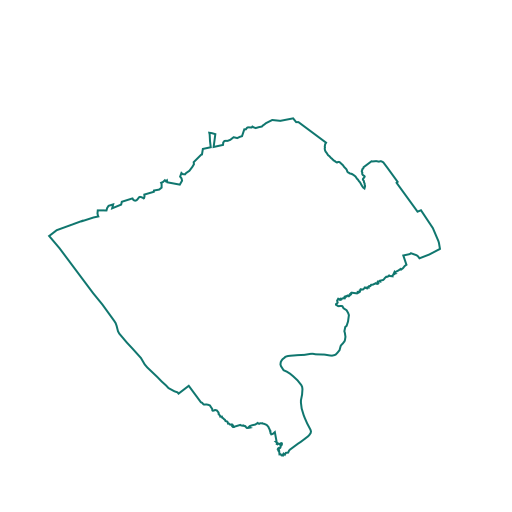 Camden, New South Wales, Australia (Mercator projection), rotated 224°
{"feature_id": "25037944B29927872698138", "entity_name": "Camden", "entity_type": "district", "adm_level": 2, "iso_a3": "AUS", "parent_name": "Australia", "parent_adm1": "New South Wales", "projection": "mercator", "projection_center": [150.696, -34.016], "detail": "fine", "context": "isolated", "style": "outline", "palette": "teal", "viewbox_px": 512, "rotation_deg": 224, "n_neighbors": 0, "source": "geoboundaries", "source_scale": "gbopen_adm2", "svg_char_len": 6102}
<svg xmlns="http://www.w3.org/2000/svg" viewBox="0 0 512 512"><g transform="rotate(224 256 256)"><path d="M405.4,160.6L417.3,136.1L418.7,126.7L402.8,125.1L347.3,116.1L332.9,114.4L312.8,110.8L310.3,110.2L307.7,108.9L303.0,106.0L300.5,105.2L288.7,104.0L280.6,103.6L267.9,102.7L260.8,100.7L256.9,100.3L243.2,100.4L236.6,100.2L230.7,100.4L227.2,100.2L220.7,102.0L217.7,103.4L216.1,103.2L214.2,115.9L194.0,112.5L192.7,113.0L191.1,112.8L190.2,113.0L188.5,114.8L186.8,115.9L185.2,116.5L183.9,116.1L181.3,115.6L180.3,114.7L179.8,114.6L179.0,115.4L178.5,116.8L176.9,117.7L174.5,117.4L173.9,117.2L173.2,116.4L172.8,116.5L171.9,116.2L171.1,116.2L170.1,115.6L169.0,116.8L168.1,116.2L166.8,116.5L165.8,116.4L164.5,116.6L163.3,116.1L161.7,116.9L161.0,116.8L159.7,116.0L159.2,116.6L158.6,116.7L157.9,116.6L157.3,116.8L156.4,118.1L155.9,118.3L155.0,118.1L155.3,117.4L155.0,117.0L153.7,117.0L153.0,117.8L153.1,118.0L150.0,123.5L149.7,123.5L148.6,124.0L148.2,124.5L147.4,124.8L147.2,125.5L146.1,125.6L145.5,126.2L144.0,125.9L143.0,126.0L141.8,127.4L141.2,128.3L142.4,127.9L142.3,129.4L141.2,131.6L139.4,134.3L138.8,137.1L138.0,137.0L137.1,137.5L136.8,138.6L135.7,139.5L135.3,140.1L134.6,140.2L133.6,140.9L131.5,141.7L130.4,141.9L128.0,141.6L127.3,141.2L126.2,140.9L125.4,140.4L124.5,140.4L124.1,139.7L123.2,139.5L122.8,138.8L121.1,138.3L120.3,139.8L120.1,142.4L112.3,136.8L112.7,136.2L110.9,136.3L110.5,135.2L109.8,135.4L109.9,136.3L109.7,136.6L108.2,136.9L108.3,137.7L107.9,138.9L107.7,139.1L107.2,139.2L106.4,138.3L106.2,137.4L106.4,136.7L106.0,136.0L105.6,135.6L105.3,134.8L105.5,134.1L106.2,133.9L106.4,133.0L106.2,132.4L105.6,132.7L105.2,131.8L104.8,131.5L104.2,131.4L104.0,131.9L101.3,129.6L100.6,130.5L99.1,130.3L98.0,131.2L98.7,132.0L98.9,133.0L97.2,133.1L97.8,135.1L96.3,136.9L97.0,138.9L97.1,140.1L95.4,150.3L94.7,153.3L93.3,162.3L93.3,164.3L93.7,166.6L94.6,168.0L96.2,168.9L102.9,171.1L108.5,173.4L111.3,174.7L117.2,178.0L121.8,181.7L123.5,183.5L126.5,188.2L130.1,192.5L131.9,193.9L133.7,194.6L139.8,195.4L145.8,195.3L149.7,195.0L153.5,194.2L156.8,193.0L161.5,194.1L163.1,195.0L164.5,196.9L165.0,198.6L165.2,200.2L164.8,203.0L164.9,203.6L164.4,204.8L163.5,206.3L162.1,208.0L156.9,213.9L152.5,218.5L148.8,223.5L147.1,225.2L144.7,226.8L138.2,232.7L133.7,235.8L132.1,237.1L130.8,239.1L130.2,240.4L130.2,242.9L130.5,246.3L132.6,250.1L132.8,251.2L132.8,253.8L133.0,254.9L133.0,255.9L133.6,257.3L135.5,260.0L138.5,262.3L140.2,263.3L142.5,267.0L142.3,268.7L144.3,272.8L148.1,278.0L150.1,279.0L153.2,279.9L156.7,279.2L159.0,279.9L160.2,279.1L161.7,277.3L162.2,277.0L164.6,276.5L165.0,276.9L165.0,277.3L164.8,278.5L164.9,279.2L166.6,280.2L167.2,282.4L166.8,282.6L165.6,282.5L165.1,282.9L165.5,283.4L165.5,284.0L164.4,284.2L164.6,285.0L163.9,286.3L163.3,286.6L162.7,287.2L163.3,288.2L163.9,288.1L164.0,288.3L163.6,289.2L162.9,289.4L163.0,290.3L162.4,291.7L161.9,291.7L161.5,291.3L161.2,291.6L161.2,293.4L161.7,293.8L161.0,294.3L161.0,294.6L161.2,294.9L161.9,295.5L161.8,296.0L157.3,299.3L157.0,300.3L157.3,300.5L157.7,300.5L157.9,300.8L157.6,301.0L157.4,301.6L156.5,301.8L156.4,302.2L156.9,303.4L157.4,303.6L157.1,304.4L157.5,304.6L157.6,304.8L155.8,306.1L155.6,308.3L155.9,308.9L155.8,309.1L154.8,309.3L154.5,310.0L154.1,309.7L153.6,309.8L153.4,310.0L153.7,310.6L153.7,311.3L153.1,311.6L153.8,312.3L153.8,312.7L153.5,313.2L153.2,313.3L152.8,313.8L153.2,315.2L152.0,316.6L151.5,318.2L151.2,318.4L151.1,319.5L150.6,319.8L149.5,320.0L149.0,320.8L149.0,321.1L150.1,321.0L150.2,321.6L150.6,322.0L150.6,322.5L149.9,322.6L149.6,323.4L149.0,323.8L149.6,324.1L149.7,324.3L147.9,327.0L147.8,328.4L148.0,329.4L147.9,331.6L147.4,331.8L146.9,332.7L146.7,333.4L146.9,334.0L146.7,334.5L145.8,334.6L143.7,336.2L144.2,336.6L144.1,337.0L144.5,338.5L143.9,339.0L144.1,339.5L143.8,340.0L144.9,339.7L145.3,340.8L144.8,340.7L143.5,344.5L143.0,347.1L142.2,347.0L141.8,349.3L142.1,352.1L141.7,354.2L150.4,358.7L147.1,363.6L146.6,364.6L146.5,365.6L141.0,368.1L139.2,368.3L136.8,367.9L132.4,377.4L128.6,388.9L133.5,392.5L135.1,393.4L148.1,398.9L169.1,403.5L170.6,400.1L205.7,406.3L205.6,407.7L222.6,410.7L229.5,411.8L231.3,411.3L232.1,410.9L233.2,409.2L235.4,407.8L238.0,404.8L238.7,404.4L240.3,394.6L239.7,393.6L239.8,392.2L239.0,391.1L238.9,390.5L238.3,390.1L237.5,389.9L237.1,389.3L236.2,388.6L235.2,388.5L233.6,388.8L233.1,388.7L232.7,387.8L232.7,386.1L232.4,385.4L231.9,385.1L230.8,385.0L230.1,384.6L229.6,384.1L228.2,383.6L227.3,382.7L226.4,382.3L225.9,381.8L224.9,379.9L226.4,379.7L228.6,380.1L232.5,381.3L233.7,381.3L236.0,381.8L236.8,381.7L239.7,382.3L242.5,382.0L243.2,381.7L243.6,381.8L244.2,381.4L244.8,381.3L245.3,380.8L246.2,380.4L246.7,380.5L247.7,380.1L248.8,380.1L250.4,380.9L251.4,381.2L254.6,381.3L256.4,381.7L261.0,381.6L261.8,381.2L262.6,380.1L262.7,379.5L264.5,379.0L265.2,379.1L266.6,378.6L267.2,378.8L268.1,378.6L268.8,378.8L270.1,378.6L272.5,378.8L274.2,378.6L277.1,379.3L278.3,379.4L279.6,379.9L281.1,380.9L281.9,382.1L282.4,382.3L283.9,384.4L284.3,386.2L318.4,381.8L320.1,380.2L324.9,380.8L332.4,370.1L338.8,365.1L341.1,358.5L341.4,356.1L341.7,354.9L341.7,353.2L343.5,350.6L345.1,347.8L347.1,346.9L348.5,346.6L348.4,345.4L350.8,343.3L351.4,342.5L351.5,342.0L351.3,340.0L352.4,339.0L349.3,332.5L350.3,330.7L351.4,327.8L354.6,325.9L355.2,321.7L356.4,319.1L357.7,317.9L358.6,316.8L358.4,314.9L356.9,313.0L362.2,305.0L369.9,315.4L373.1,313.7L375.2,312.2L373.7,311.2L368.9,306.7L364.1,302.8L368.6,296.1L365.4,291.5L365.8,290.7L366.0,280.2L364.4,278.9L363.7,275.9L363.1,271.0L363.9,267.1L363.8,265.4L365.7,263.9L367.3,263.9L365.7,260.4L363.5,260.1L361.5,258.8L360.4,254.4L371.0,247.4L372.6,248.5L372.7,247.1L374.2,247.2L374.3,244.7L375.1,242.7L374.0,242.3L371.4,239.6L371.8,236.5L374.9,232.2L374.1,231.2L379.0,222.6L377.5,221.3L376.7,219.8L376.8,219.4L378.0,219.2L379.9,218.4L380.6,217.8L380.9,217.1L380.6,214.1L380.7,213.0L381.3,211.9L382.2,211.4L382.7,211.3L383.5,211.2L384.8,211.6L385.2,211.0L390.2,201.8L388.7,199.3L392.6,190.4L394.6,193.9L396.9,189.7L396.4,187.1L395.2,184.9L401.5,178.9L399.6,176.5L397.8,175.3L396.9,174.9L399.6,170.9L405.2,160.4L405.4,160.6Z" fill="none" stroke="#0f766e" stroke-width="2"/></g></svg>